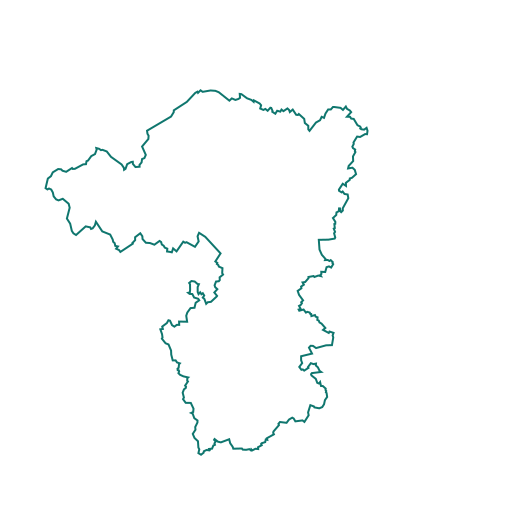 the district of Cappamore-Kilmallock Lea-7, Limerick, Ireland, rotated 153°
{"feature_id": "5873133B39771401556272", "entity_name": "Cappamore-Kilmallock Lea-7", "entity_type": "district", "adm_level": 2, "iso_a3": "IRL", "parent_name": "Ireland", "parent_adm1": "Limerick", "projection": "mercator", "projection_center": [-8.418, 52.488], "detail": "fine", "context": "isolated", "style": "outline", "palette": "teal", "viewbox_px": 512, "rotation_deg": 153, "n_neighbors": 0, "source": "geoboundaries", "source_scale": "gbopen_adm2", "svg_char_len": 6122}
<svg xmlns="http://www.w3.org/2000/svg" viewBox="0 0 512 512"><g transform="rotate(153 256 256)"><path d="M396.8,106.5L395.2,103.9L392.0,104.5L391.1,105.7L388.1,105.6L385.7,103.9L385.1,104.2L385.2,105.3L382.6,104.3L380.1,106.5L378.3,106.4L378.1,107.9L376.1,109.1L376.8,111.2L376.0,111.7L374.2,107.8L371.9,105.9L363.1,104.9L364.0,100.9L363.4,96.7L363.7,94.6L356.0,90.9L355.7,89.5L352.8,87.8L349.6,86.9L348.8,85.2L348.0,85.9L347.6,84.5L344.0,84.5L341.7,83.0L341.0,84.7L336.8,84.8L336.8,86.2L335.9,86.6L332.3,86.0L330.6,88.1L329.4,87.1L329.0,88.7L321.0,89.0L321.0,90.6L320.1,91.7L312.3,94.9L312.2,96.3L310.0,97.2L304.5,93.5L300.8,95.3L297.1,95.5L296.2,94.1L296.0,90.8L289.2,88.4L288.2,86.2L281.4,90.2L280.6,93.0L275.3,98.4L272.7,95.7L272.7,94.6L268.8,91.6L265.6,91.3L262.7,93.0L260.0,96.3L256.6,98.1L255.3,101.9L255.6,102.9L254.7,103.8L254.9,105.1L254.1,106.2L255.5,109.8L257.1,110.7L256.1,114.6L257.8,113.8L259.0,115.2L258.5,119.4L260.8,124.4L260.6,125.7L259.4,126.3L250.6,123.1L251.5,124.8L251.4,128.7L252.4,131.3L251.4,132.9L253.9,133.6L255.8,135.6L260.2,133.4L260.1,132.5L265.1,132.0L265.8,133.7L267.2,134.0L267.8,137.5L263.5,139.6L263.1,142.7L261.3,146.2L250.4,143.6L250.4,150.3L248.1,151.2L246.0,150.0L244.3,146.7L234.1,144.6L228.8,142.1L224.1,148.4L223.8,150.4L221.8,152.3L224.8,155.3L226.1,154.4L229.8,159.7L226.9,160.4L228.3,166.0L229.6,168.0L229.4,169.9L230.4,171.2L229.0,173.4L230.4,174.9L230.3,176.6L233.9,177.3L233.2,179.2L233.9,179.5L233.8,181.2L235.7,183.0L237.2,182.9L237.9,186.7L242.3,187.6L242.3,188.9L240.2,188.4L240.3,192.0L238.3,192.1L236.5,193.1L236.7,194.3L234.2,195.1L235.3,201.8L234.7,206.0L230.2,206.6L229.7,208.3L226.4,208.7L226.5,211.3L224.0,210.5L219.3,212.4L218.8,213.5L213.8,212.0L213.5,210.8L209.4,210.3L207.2,208.5L207.3,209.9L205.9,210.3L205.0,212.3L201.6,210.3L198.2,214.0L195.7,213.6L194.3,211.6L190.9,213.7L191.1,215.1L190.4,215.7L191.3,218.4L192.8,218.2L193.9,219.9L196.3,221.0L195.4,221.7L196.8,227.2L196.5,232.9L192.7,241.9L184.1,237.7L178.0,235.8L177.0,236.5L176.1,240.8L174.6,241.6L174.3,245.1L173.1,245.1L171.7,248.9L170.8,248.7L169.8,250.4L170.2,254.9L165.9,256.1L164.5,258.3L161.9,258.3L160.4,260.7L159.6,260.3L160.5,257.3L160.2,256.4L158.0,257.1L157.1,259.1L147.5,265.6L146.4,269.2L149.0,271.1L149.5,274.1L150.8,273.8L152.4,276.4L152.0,277.5L145.9,281.0L144.0,277.6L142.7,280.4L137.9,281.3L137.2,282.5L135.0,282.1L129.7,283.5L128.9,287.9L130.0,290.9L134.2,292.2L132.5,294.2L126.3,296.5L124.4,300.7L120.2,303.5L120.3,304.6L119.3,305.8L120.6,308.1L120.5,309.7L118.0,311.5L117.6,312.9L111.7,316.5L109.2,314.8L103.4,315.1L101.8,314.1L99.8,316.9L99.3,320.0L102.3,319.5L104.6,321.1L105.2,322.2L104.4,322.7L104.4,324.0L106.2,326.5L106.7,333.8L108.8,335.2L109.0,337.3L111.7,338.8L105.9,341.0L106.3,343.0L108.1,345.8L108.1,348.4L112.2,346.7L113.4,349.6L118.6,353.2L119.8,353.8L122.8,352.6L125.2,353.8L129.4,351.4L132.7,348.2L134.3,350.2L137.3,347.9L142.0,347.7L151.5,343.2L151.9,345.1L150.3,348.3L152.1,352.3L150.8,356.3L153.4,363.1L154.6,362.6L156.1,363.6L156.8,369.8L160.5,368.9L160.2,371.0L161.0,373.2L165.8,372.6L166.8,374.9L168.8,373.6L171.2,375.8L174.2,374.0L176.0,377.1L175.4,377.8L175.2,381.0L175.9,381.6L179.7,380.1L180.9,382.8L183.1,382.8L185.3,385.5L183.0,388.0L183.5,390.2L187.2,395.6L188.1,394.4L189.2,397.1L192.4,400.6L195.5,406.8L196.9,407.8L198.4,404.2L200.3,403.9L203.5,404.4L206.0,407.4L209.2,406.5L214.8,418.8L217.2,421.6L221.3,424.1L229.0,426.5L230.2,428.8L233.6,427.7L233.6,429.0L236.1,428.9L247.7,424.7L263.1,423.1L264.0,421.5L268.4,418.8L296.2,417.1L297.2,414.2L297.1,411.9L298.8,409.1L307.8,405.3L308.3,396.1L311.0,393.9L313.5,394.1L315.5,391.3L318.4,390.1L319.2,388.4L323.0,390.0L323.9,394.0L323.0,395.9L324.5,396.4L329.1,396.3L332.7,392.9L334.4,392.7L333.7,394.5L334.2,398.6L340.2,410.2L341.5,416.9L344.6,420.3L346.1,420.7L347.1,422.7L349.3,424.7L349.7,423.1L353.2,419.9L357.4,419.8L362.3,417.3L364.0,417.4L365.8,415.0L368.4,416.1L377.8,415.9L379.8,416.8L380.0,417.9L386.9,417.2L389.7,419.8L390.3,421.7L392.8,423.3L399.1,422.8L402.5,420.2L406.3,419.5L412.7,412.0L411.6,410.0L409.8,410.1L408.3,408.2L408.2,404.8L409.2,401.0L408.4,397.2L406.7,395.2L402.2,394.7L399.2,387.6L400.1,383.6L407.5,375.2L406.9,369.2L408.7,362.0L408.4,359.1L406.8,356.4L394.3,359.7L390.7,356.8L390.7,355.0L389.0,354.8L385.7,356.4L383.1,359.2L381.8,347.7L376.2,341.3L376.2,335.7L376.8,333.5L376.1,331.6L376.8,328.9L374.7,327.2L377.3,326.0L375.3,323.4L375.0,321.2L360.2,322.9L360.2,323.7L356.5,325.0L355.2,327.6L348.8,328.8L348.3,325.2L349.4,322.6L348.1,317.8L344.6,315.7L341.4,312.2L335.1,313.2L334.2,311.5L334.7,309.0L333.6,307.1L333.5,304.9L331.7,302.8L333.2,300.4L329.5,297.8L329.9,296.9L326.4,300.4L324.7,296.2L314.3,301.8L313.2,300.0L311.6,299.8L306.2,291.9L300.5,295.0L299.1,300.1L296.2,302.5L292.5,296.1L286.4,274.4L294.7,269.6L293.6,267.4L294.5,266.7L293.7,265.0L293.9,263.4L291.4,260.4L293.9,256.1L293.8,254.4L298.1,253.5L299.2,251.0L300.6,250.4L303.2,251.4L306.2,248.7L306.5,246.7L305.5,244.0L309.7,242.4L308.8,238.1L309.6,237.7L317.0,235.6L320.0,236.7L322.1,236.0L321.5,241.2L322.3,243.1L320.1,244.3L320.3,247.0L322.0,246.7L322.2,249.0L324.5,248.1L324.3,250.4L322.1,254.8L319.7,256.8L320.8,257.6L322.2,261.1L324.9,263.0L327.8,262.3L327.6,260.8L330.1,255.7L331.5,253.6L333.1,254.0L332.4,252.4L330.0,251.0L330.0,247.1L326.9,244.1L326.7,242.3L331.0,241.7L334.3,237.8L338.0,239.3L342.9,236.8L345.3,234.4L347.2,228.7L354.3,232.5L355.7,229.5L357.8,230.6L360.8,230.1L362.2,232.5L362.0,237.4L363.2,238.5L365.9,236.7L371.6,235.7L372.1,233.3L374.5,234.1L375.2,229.0L376.3,225.8L377.4,225.1L376.2,219.3L374.1,216.9L374.6,210.3L376.3,206.6L377.6,200.8L375.0,199.5L374.7,197.0L372.6,194.9L373.8,194.4L375.7,191.5L377.1,191.2L377.6,189.8L376.7,189.2L376.9,188.0L378.3,186.8L377.6,184.6L375.3,181.7L371.6,178.6L372.7,178.3L373.9,176.1L373.6,175.1L378.0,172.7L377.7,171.3L378.5,170.3L380.7,169.9L383.4,167.5L384.5,162.6L386.0,161.6L385.3,157.1L380.8,154.7L381.0,148.3L382.8,145.5L385.0,145.6L384.0,144.3L384.6,139.5L382.8,136.0L383.8,134.2L387.8,131.2L388.8,128.7L393.1,126.2L393.4,121.8L391.8,117.3L394.3,111.5L394.3,109.5L396.8,106.5Z" fill="none" stroke="#0f766e" stroke-width="2"/></g></svg>